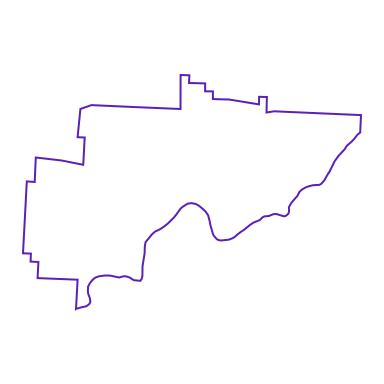 Washington, Ohio, United States of America (Equal Earth projection)
{"feature_id": "52423323B97388910931036", "entity_name": "Washington", "entity_type": "district", "adm_level": 2, "iso_a3": "USA", "parent_name": "United States of America", "parent_adm1": "Ohio", "projection": "equal_earth", "projection_center": [-81.437, 39.431], "detail": "fine", "context": "isolated", "style": "outline", "palette": "violet", "viewbox_px": 384, "rotation_deg": 0, "n_neighbors": 0, "source": "geoboundaries", "source_scale": "gbopen_adm2", "svg_char_len": 1797}
<svg xmlns="http://www.w3.org/2000/svg" viewBox="0 0 384 384"><path d="M76.0,309.0L76.5,308.7L78.7,308.1L81.8,307.2L86.2,306.3L88.8,304.5L89.7,303.3L90.2,302.4L90.3,301.2L89.8,298.0L88.4,294.3L88.0,292.5L87.9,291.1L88.1,286.6L89.9,283.2L91.0,281.7L93.4,279.0L95.6,277.5L99.0,276.3L104.8,275.5L110.2,275.6L119.2,277.5L122.3,276.6L124.6,276.2L126.7,276.5L130.0,277.7L132.8,279.6L134.0,280.2L140.4,280.8L141.6,279.1L142.4,276.1L142.5,266.5L144.6,253.4L144.8,246.4L145.6,242.1L151.9,234.4L155.2,231.5L159.4,229.6L163.9,226.7L168.1,223.3L174.0,217.4L176.5,214.3L180.6,208.6L182.8,206.7L187.6,203.7L191.6,203.1L196.1,204.1L199.0,205.8L202.3,208.5L203.6,209.7L205.6,211.6L208.1,215.2L209.7,221.3L210.5,225.5L212.6,232.9L213.4,235.0L214.5,236.6L217.2,239.5L219.3,240.2L220.8,240.5L222.7,240.3L228.7,239.7L232.6,238.2L234.6,237.0L237.5,234.4L241.4,231.5L244.1,229.8L250.2,224.8L253.3,222.7L259.9,220.0L262.3,217.5L264.3,216.4L268.9,216.0L273.3,214.2L276.3,214.0L283.9,216.3L284.8,216.2L286.4,215.5L288.2,213.8L288.8,212.5L289.1,210.3L288.9,207.6L289.1,206.8L290.2,204.8L291.4,202.8L293.4,200.4L297.4,195.9L299.4,192.0L300.9,190.5L301.9,189.6L305.7,187.4L308.7,186.3L313.2,185.2L319.2,184.9L320.7,184.2L321.5,183.5L323.1,181.8L324.7,179.7L326.0,177.3L328.7,172.7L329.0,172.7L334.6,161.3L338.4,156.0L344.8,149.1L347.0,145.6L351.3,141.9L354.7,138.4L355.6,137.0L357.6,134.6L360.2,132.5L361.0,115.1L274.1,111.3L266.5,112.5L266.9,97.0L259.1,96.8L259.0,104.4L228.9,99.5L212.9,99.1L212.9,91.4L205.1,91.3L205.2,83.4L189.0,83.0L189.4,75.3L180.6,75.0L180.5,109.0L133.1,107.0L91.4,105.1L80.4,109.0L77.6,137.2L84.7,137.5L83.5,160.1L83.2,164.8L61.6,160.5L35.8,157.5L34.7,182.0L26.8,181.4L23.0,253.3L30.9,253.6L30.6,261.6L38.4,262.0L37.6,278.1L77.6,279.7L76.0,309.0Z" fill="none" stroke="#5b21b6" stroke-width="2"/></svg>